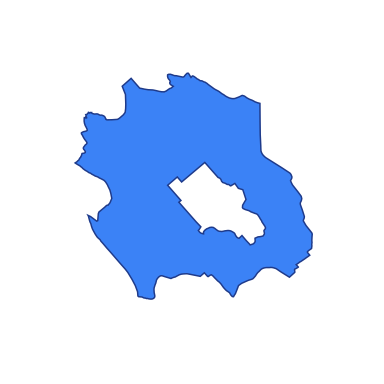 Tboung Khmum, Kâmpóng Cham, Cambodia, rotated 318°
{"feature_id": "14789045B3565316338498", "entity_name": "Tboung Khmum", "entity_type": "district", "adm_level": 2, "iso_a3": "KHM", "parent_name": "Cambodia", "parent_adm1": "Kâmpóng Cham", "projection": "equal_earth", "projection_center": [105.645, 11.969], "detail": "fine", "context": "isolated", "style": "filled", "palette": "blue", "viewbox_px": 384, "rotation_deg": 318, "n_neighbors": 0, "source": "geoboundaries", "source_scale": "gbopen_adm2", "svg_char_len": 6000}
<svg xmlns="http://www.w3.org/2000/svg" viewBox="0 0 384 384"><g transform="rotate(318 192 192)"><path d="M91.2,181.3L90.9,195.5L90.8,204.7L90.5,208.8L88.9,217.1L87.2,223.7L84.8,229.7L82.2,233.1L82.3,234.1L84.6,236.6L85.4,238.6L86.5,239.8L86.8,240.6L87.8,241.5L88.4,242.5L89.5,243.8L90.4,244.6L91.3,245.1L92.6,245.4L94.0,245.1L94.8,244.4L95.5,243.3L96.6,241.4L98.2,239.4L98.9,238.6L100.0,237.7L100.9,237.2L102.2,236.4L103.0,236.0L104.2,235.4L106.8,233.6L108.2,233.2L110.0,232.9L111.4,233.0L112.7,233.3L113.7,234.2L115.2,236.8L118.5,242.2L119.6,242.5L121.4,243.2L122.6,243.9L127.1,245.0L129.1,245.9L131.3,247.5L133.6,249.4L135.6,252.0L141.7,260.2L147.1,260.3L147.1,265.2L147.5,265.7L148.5,265.8L150.0,266.0L151.0,266.5L151.4,268.5L151.4,270.7L151.5,272.6L151.6,275.2L152.0,277.5L152.0,280.0L151.7,282.3L151.5,284.1L151.5,287.2L151.7,288.8L152.2,290.6L152.5,292.1L152.2,293.2L151.9,294.9L152.0,296.7L152.8,297.6L154.8,296.9L155.1,296.9L156.4,296.5L158.2,295.6L162.2,293.6L163.6,292.8L164.5,292.7L167.8,293.1L172.2,294.5L174.9,295.4L177.9,296.8L179.1,297.2L181.0,297.1L183.2,296.8L184.8,296.3L186.9,295.9L189.0,295.9L191.5,295.7L193.1,296.0L194.2,296.4L195.5,297.1L196.7,297.9L199.0,300.0L200.0,300.7L201.1,301.8L202.2,303.4L203.3,305.4L204.6,310.8L207.4,320.5L214.6,320.5L215.5,319.5L216.0,318.5L216.6,318.1L217.7,318.4L220.5,319.0L220.8,318.9L220.8,315.7L224.0,316.1L225.2,316.1L225.9,316.4L231.7,317.2L232.9,317.3L233.7,317.4L234.6,317.5L234.9,317.6L235.6,317.6L237.2,317.8L237.3,316.9L237.3,315.3L237.4,314.1L237.9,313.6L239.7,313.6L243.0,314.0L243.6,313.5L245.0,312.3L245.9,311.1L247.5,309.7L248.2,308.7L249.0,307.8L251.0,305.8L253.2,303.7L253.7,302.5L254.0,298.0L254.3,293.1L255.4,287.9L256.2,287.3L258.0,286.4L259.1,285.4L261.8,279.5L264.1,273.9L264.9,272.8L265.7,272.3L266.8,271.9L267.9,271.3L269.2,270.3L270.3,268.2L270.8,263.1L271.4,254.1L272.0,251.8L272.8,249.5L275.0,248.7L275.8,248.2L276.5,247.4L277.0,246.0L277.3,245.2L277.4,244.2L277.4,243.4L274.9,233.8L269.9,216.2L269.6,214.5L269.5,212.2L269.7,210.5L270.1,209.1L270.7,207.7L271.3,206.9L272.2,205.8L274.0,203.7L281.2,194.9L289.9,185.0L301.8,171.6L300.4,169.5L299.1,167.0L298.7,165.7L298.0,163.9L296.8,161.6L296.0,159.4L295.7,158.4L295.2,155.9L294.1,154.0L293.4,153.6L291.7,153.2L289.7,152.5L286.4,151.2L285.1,150.2L284.2,149.3L282.7,147.2L281.8,145.1L281.1,143.1L280.7,141.0L280.1,139.3L279.7,137.4L279.4,135.7L279.0,134.3L278.0,131.7L277.5,130.1L276.0,123.0L275.8,121.3L275.1,118.9L274.6,118.3L273.8,116.1L272.5,114.7L272.3,113.6L272.0,112.5L271.5,111.4L271.3,109.8L271.0,108.4L270.6,106.9L269.9,106.0L267.9,106.2L268.8,101.4L267.9,100.5L266.4,100.5L265.1,100.6L263.6,100.9L262.9,100.9L262.1,100.5L258.0,94.9L257.3,94.3L256.7,93.6L255.5,91.3L254.6,89.9L253.2,88.8L252.3,88.6L251.3,89.6L250.5,91.0L250.2,92.3L250.2,94.1L249.6,95.6L248.7,95.8L248.1,96.6L247.9,97.8L248.3,99.0L248.5,100.2L248.8,100.9L246.3,100.9L245.3,100.5L245.0,100.3L243.4,100.0L240.5,99.7L238.4,99.0L236.4,97.1L234.7,94.9L233.2,92.7L231.2,90.0L227.9,86.7L225.6,83.9L223.9,81.5L222.6,79.8L222.8,66.8L210.9,66.7L207.8,75.0L201.5,82.5L198.4,85.7L195.6,88.1L192.7,88.7L187.4,88.6L185.3,88.2L184.0,87.2L180.8,84.7L177.2,81.6L176.8,81.0L176.6,80.4L177.0,80.0L177.0,79.4L177.4,78.3L177.5,77.4L177.3,76.3L176.8,75.3L176.4,74.5L175.4,73.7L174.7,72.6L174.3,71.3L173.7,70.4L171.8,68.9L171.1,68.0L170.4,66.8L170.3,66.3L170.6,65.8L169.9,65.4L169.8,65.0L169.2,64.9L168.8,64.8L168.6,64.5L168.6,64.0L168.2,64.2L168.0,63.7L167.7,63.9L167.1,63.8L166.7,63.8L165.6,64.1L164.9,63.5L164.8,63.9L164.5,64.2L164.0,64.5L163.9,65.0L162.8,65.1L163.3,65.6L163.5,66.1L163.2,66.4L162.6,65.9L161.7,64.7L161.2,65.1L159.3,67.1L158.1,68.9L157.1,71.2L156.6,73.3L156.0,75.2L155.5,76.0L154.7,76.1L153.1,75.4L152.2,74.8L151.2,74.4L149.5,74.0L148.8,74.7L148.5,76.5L147.9,78.7L147.5,80.8L147.2,84.2L146.8,85.3L145.9,85.7L145.0,85.7L144.1,85.6L142.9,85.9L141.7,86.1L140.9,86.4L140.4,86.9L140.1,87.8L140.1,89.0L139.7,90.7L139.1,91.2L138.2,91.1L137.3,90.6L136.8,90.2L136.0,89.8L135.4,90.2L134.0,91.1L133.3,91.2L132.4,91.7L131.6,91.7L131.1,91.8L130.5,92.0L129.3,92.5L127.7,92.4L127.1,92.5L126.7,92.5L124.6,92.2L124.8,93.1L125.3,94.8L125.6,95.8L126.2,97.5L126.3,98.8L126.6,100.0L126.6,101.5L126.9,103.1L127.2,104.6L127.8,106.2L128.4,108.8L129.2,110.2L129.4,111.5L130.3,113.9L130.7,115.3L131.8,117.2L132.1,117.9L132.5,119.4L133.6,122.1L134.4,124.3L134.5,125.6L134.5,126.9L133.9,130.3L133.4,131.7L132.3,135.6L130.8,138.6L128.1,143.1L123.9,145.1L122.2,145.4L120.7,145.6L120.4,145.2L120.1,145.0L118.6,144.8L117.0,144.9L109.5,144.6L107.9,145.4L102.8,150.2L101.7,149.9L100.2,142.4L99.1,139.8L98.9,140.6L96.9,144.4L96.1,146.2L95.7,147.7L94.4,150.2L93.3,152.8L92.7,155.1L91.9,158.6L91.4,161.9L91.5,163.9L91.8,165.8L91.5,167.1L91.4,167.7L91.4,168.7L91.4,170.6L91.2,176.8L91.2,181.3ZM221.3,178.6L221.1,198.6L221.9,200.3L221.9,202.0L221.2,203.7L221.2,205.5L222.5,207.7L223.2,209.9L224.0,210.6L224.5,211.6L224.6,213.0L225.0,213.4L229.6,214.3L228.9,220.3L231.3,224.3L230.7,225.6L230.5,226.1L227.1,233.7L224.8,234.4L220.8,235.7L219.1,237.3L218.9,238.4L219.8,240.6L222.0,244.3L222.4,245.9L224.5,250.1L225.3,251.4L225.6,252.7L225.3,255.2L224.8,257.6L224.6,258.5L224.5,259.9L224.0,260.9L223.8,262.3L223.2,266.4L222.6,267.9L221.7,268.4L220.4,268.6L219.7,268.8L219.0,269.7L218.4,270.9L217.5,271.7L216.3,272.0L215.2,272.2L212.8,270.8L211.0,269.5L207.9,268.5L206.6,270.1L206.0,270.9L204.8,271.4L203.2,271.6L202.0,271.2L199.8,270.2L199.9,268.7L199.8,264.8L200.0,257.8L196.0,257.9L195.5,257.1L195.1,255.8L195.2,254.4L195.5,252.9L196.0,251.4L195.9,250.2L195.4,248.6L194.9,247.2L194.2,246.0L193.0,244.7L191.6,243.7L190.3,242.8L189.0,242.1L187.7,241.3L185.9,239.3L185.4,238.4L184.9,236.4L184.6,234.3L184.1,232.6L183.1,231.4L181.6,230.3L179.6,229.7L178.3,229.2L177.2,229.1L175.8,229.0L174.2,229.3L173.4,229.8L172.6,230.8L171.9,229.9L171.0,228.3L170.8,226.7L171.0,224.8L172.2,224.7L175.3,223.8L175.1,216.9L175.4,190.8L178.1,190.9L178.4,170.7L191.1,171.0L191.0,177.6L221.3,178.6Z" fill="#3b82f6" stroke="#1e3a8a" stroke-width="1.5"/></g></svg>